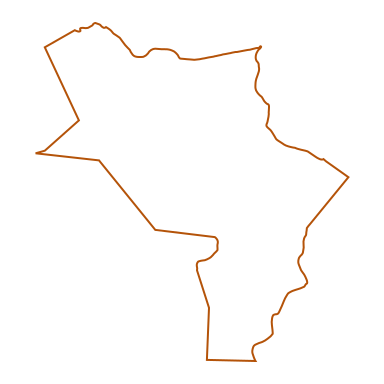 outline of Orocuina, Choluteca, Honduras
{"feature_id": "27666195B30737546448878", "entity_name": "Orocuina", "entity_type": "district", "adm_level": 2, "iso_a3": "HND", "parent_name": "Honduras", "parent_adm1": "Choluteca", "projection": "orthographic", "projection_center": [-87.128, 13.486], "detail": "fine", "context": "isolated", "style": "outline", "palette": "amber", "viewbox_px": 384, "rotation_deg": 0, "n_neighbors": 0, "source": "geoboundaries", "source_scale": "gbopen_adm2", "svg_char_len": 5773}
<svg xmlns="http://www.w3.org/2000/svg" viewBox="0 0 384 384"><path d="M255.5,361.0L255.1,360.3L254.8,359.6L253.9,357.5L252.9,354.5L252.5,353.3L252.4,352.7L252.3,352.1L252.3,351.5L252.3,350.8L252.4,350.3L252.7,348.7L253.0,347.8L253.2,347.1L253.6,346.3L254.0,345.7L254.5,345.3L255.1,344.8L256.4,344.2L259.1,343.0L260.1,342.7L261.6,342.2L262.6,341.8L263.5,341.3L264.9,340.6L266.2,339.7L267.5,338.8L270.5,336.4L271.4,335.4L272.5,334.0L272.7,333.8L272.7,333.5L272.7,332.7L272.5,330.1L271.9,324.9L271.8,323.3L271.7,321.9L271.8,321.1L271.9,320.1L272.0,319.0L272.2,317.8L272.4,317.0L272.6,316.4L272.8,316.0L273.0,315.6L273.2,315.2L273.5,315.0L273.8,314.8L274.3,314.6L275.3,314.3L276.7,314.2L277.5,313.9L278.0,313.6L278.5,313.0L278.8,312.5L279.2,311.8L280.6,308.7L281.8,306.1L283.8,301.2L285.0,298.5L285.3,297.9L287.2,294.7L287.9,293.7L288.2,293.3L288.8,292.9L289.8,292.3L291.3,291.5L292.6,290.9L295.8,289.8L298.4,289.0L300.5,288.3L302.6,287.4L303.9,286.8L304.2,286.7L304.6,286.2L305.0,285.6L305.5,284.7L305.8,284.3L306.1,284.0L306.5,283.8L306.7,283.6L307.0,283.4L307.1,283.1L307.2,282.8L307.2,282.4L307.2,282.0L307.1,281.5L306.9,280.5L306.4,279.2L305.3,276.7L304.3,274.8L303.7,273.9L302.8,272.7L302.1,271.7L301.2,270.4L300.9,269.8L300.0,267.5L299.4,266.0L298.8,264.5L298.6,263.8L298.4,263.1L298.3,262.4L298.3,261.9L298.3,260.8L298.5,259.7L298.8,258.5L299.0,257.9L299.5,257.1L300.2,256.2L300.8,255.5L301.8,254.6L302.1,254.1L302.6,253.4L302.7,253.0L302.9,252.6L303.0,251.9L303.3,250.1L303.7,247.5L303.6,245.5L303.5,241.8L303.5,241.3L303.6,240.9L303.9,239.4L304.1,238.4L304.4,237.8L304.6,237.3L304.9,236.8L305.6,235.8L305.8,235.5L306.0,235.1L306.1,234.7L306.2,233.9L306.3,232.5L306.7,230.0L306.8,228.5L306.9,228.0L308.1,226.4L308.7,225.6L309.6,224.6L348.4,177.2L326.0,161.3L323.5,159.1L323.0,159.4L322.4,159.5L321.9,159.5L321.4,159.5L320.7,159.4L320.0,159.2L318.9,158.7L318.1,158.3L317.3,157.9L315.6,156.8L308.4,151.9L307.6,151.4L307.0,151.2L305.3,150.7L300.9,149.7L297.9,148.9L296.6,148.5L295.7,148.1L295.0,147.8L294.3,147.7L292.9,147.5L292.0,147.3L290.3,146.9L288.4,146.4L287.3,146.0L286.1,145.6L285.1,145.1L283.8,144.4L283.0,143.8L281.5,142.8L278.2,140.7L277.1,139.9L276.6,139.5L276.2,139.1L275.7,138.3L274.2,135.7L272.6,133.1L271.5,131.4L270.8,130.5L270.6,130.2L270.3,129.9L267.4,127.3L266.9,126.6L266.6,126.2L266.5,125.8L266.4,125.2L266.5,124.6L266.6,124.1L267.1,123.0L267.5,121.7L268.5,116.7L268.7,114.9L268.8,114.1L268.7,112.4L268.8,111.2L268.9,109.5L269.0,107.3L269.0,106.1L268.8,105.2L268.6,104.8L268.3,104.4L268.0,104.2L267.2,103.9L266.7,103.6L265.9,102.9L265.1,102.1L264.5,101.4L264.1,100.9L262.5,98.1L262.0,97.3L261.6,96.8L261.3,96.5L260.6,96.0L260.0,95.5L258.6,94.1L257.9,93.2L257.3,92.5L257.0,91.9L256.3,90.8L256.0,90.2L255.8,89.4L255.6,88.8L255.5,88.1L255.4,87.4L255.4,85.7L255.5,83.5L255.6,82.2L255.9,80.4L256.1,79.7L256.3,78.8L257.7,74.9L258.7,71.8L258.9,71.1L259.0,70.3L259.1,69.4L259.1,68.5L258.8,66.6L258.7,64.5L258.6,64.0L258.4,63.3L258.0,62.7L257.7,62.2L257.1,61.5L256.7,61.1L256.3,60.3L256.0,59.6L255.8,58.7L255.7,57.8L255.7,57.1L255.8,55.8L256.0,54.8L256.3,53.8L256.7,52.8L257.2,51.9L257.8,50.8L258.5,49.8L258.7,49.6L260.0,48.5L260.8,47.5L261.0,47.2L261.1,46.8L261.0,46.6L260.8,46.4L260.6,46.4L260.4,46.3L260.2,46.4L260.0,46.6L259.7,47.1L259.4,47.5L259.0,47.7L258.5,47.9L258.1,48.0L257.2,48.0L256.2,48.1L254.7,48.5L252.6,49.0L250.0,49.7L249.3,49.8L248.1,49.9L246.4,50.2L243.7,50.7L241.1,51.2L237.5,51.9L236.9,52.0L235.5,52.0L231.9,52.7L230.5,53.1L229.2,53.3L225.7,54.0L223.0,54.4L221.0,55.0L218.9,55.4L215.8,56.1L215.0,56.2L214.0,56.5L213.2,56.7L208.8,57.4L204.6,58.3L202.1,58.7L199.8,59.2L195.3,59.7L194.2,59.8L191.0,59.5L186.8,59.2L183.8,58.9L181.3,58.7L180.5,58.6L180.1,58.5L179.9,58.4L179.7,58.2L179.1,57.5L178.6,56.7L178.0,55.4L177.4,54.6L176.4,53.5L175.6,52.7L174.5,51.8L173.8,51.3L173.1,51.0L172.0,50.5L170.4,49.9L168.7,49.5L167.8,49.4L167.3,49.3L164.1,49.2L161.5,49.2L155.2,48.7L154.6,48.8L153.8,48.9L153.1,49.1L152.5,49.3L152.0,49.6L151.0,50.1L150.2,50.8L149.3,51.5L148.8,52.2L148.0,53.4L147.2,54.2L146.7,54.7L146.2,55.2L145.5,55.7L144.5,56.2L143.8,56.6L143.3,56.8L142.8,56.9L141.2,57.0L140.2,57.0L138.9,57.0L137.3,56.9L136.1,56.7L135.4,56.5L134.8,56.3L134.4,56.1L133.9,55.8L133.5,55.5L133.2,55.2L132.7,54.8L132.3,54.2L131.1,52.5L130.5,51.5L130.0,50.3L129.7,49.8L129.1,49.2L128.1,48.2L127.6,47.7L125.1,45.0L122.1,41.0L120.3,38.5L119.8,37.9L119.5,37.6L116.5,35.5L115.1,34.6L114.0,33.9L113.7,33.7L113.0,33.0L112.1,31.9L111.1,30.7L110.3,30.0L109.3,29.2L107.5,28.0L106.0,27.1L105.6,27.5L105.2,27.6L104.9,27.7L104.5,27.8L103.9,27.8L103.7,27.8L103.5,27.7L102.5,27.1L101.9,26.7L101.3,26.1L100.5,25.2L100.2,24.9L99.9,24.7L99.1,24.3L97.1,23.6L95.7,23.1L95.3,23.0L95.0,23.1L94.5,23.2L94.2,23.4L93.8,23.6L93.5,23.8L93.3,24.0L93.1,24.3L92.6,25.1L92.3,25.4L92.0,25.6L89.9,26.8L88.5,27.6L87.8,27.9L87.1,28.0L86.1,28.1L85.2,28.1L83.3,27.9L81.9,27.9L81.1,28.0L80.7,28.1L80.2,28.5L80.1,29.0L80.2,29.5L80.3,29.9L80.4,30.9L80.3,31.0L79.8,31.4L79.3,31.5L78.8,31.6L78.4,31.5L77.8,31.4L76.0,30.8L75.6,30.6L74.8,30.2L44.8,47.3L78.9,120.4L44.8,150.7L35.6,153.3L99.1,160.4L99.8,161.4L155.3,229.9L214.8,237.1L215.6,237.7L216.3,238.5L217.1,239.5L217.2,239.8L217.4,240.1L217.5,240.5L217.7,241.0L217.8,241.7L217.8,242.4L217.8,243.0L217.7,243.4L217.6,243.9L217.5,244.3L217.4,245.2L217.4,246.5L217.5,248.0L217.5,248.9L217.5,250.0L217.3,250.3L216.4,251.4L214.1,253.6L212.8,255.2L211.6,256.4L210.9,257.1L210.5,257.4L209.3,258.2L207.7,259.0L206.7,259.5L205.6,259.9L204.9,260.2L204.2,260.3L202.6,260.5L200.8,260.8L199.3,261.2L198.4,261.5L198.1,261.7L197.8,262.1L197.6,262.4L197.3,262.9L197.0,263.7L196.9,264.0L196.8,264.6L196.8,265.2L196.8,265.9L197.1,267.7L197.2,268.3L197.1,269.3L197.0,270.3L209.0,307.8L206.9,359.9L255.5,361.0Z" fill="none" stroke="#b45309" stroke-width="2"/></svg>